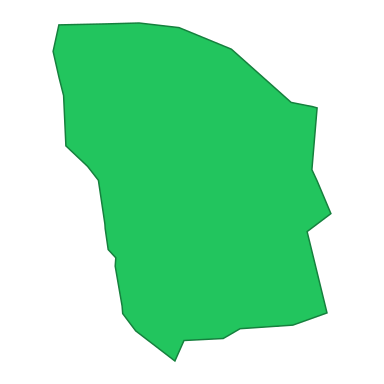 outline of Deren, Dundgovi, Mongolia
{"feature_id": "93677404B83823475122235", "entity_name": "Deren", "entity_type": "district", "adm_level": 2, "iso_a3": "MNG", "parent_name": "Mongolia", "parent_adm1": "Dundgovi", "projection": "natural_earth1", "projection_center": [106.741, 46.214], "detail": "fine", "context": "isolated", "style": "filled", "palette": "green", "viewbox_px": 384, "rotation_deg": 0, "n_neighbors": 0, "source": "geoboundaries", "source_scale": "gbopen_adm2", "svg_char_len": 533}
<svg xmlns="http://www.w3.org/2000/svg" viewBox="0 0 384 384"><path d="M58.9,24.9L53.1,51.4L59.0,77.4L63.6,95.6L65.9,145.9L87.6,166.4L98.4,180.3L103.0,211.2L104.9,224.0L105.2,228.7L108.2,249.6L115.8,257.8L115.2,266.2L122.1,306.0L122.7,313.6L135.7,330.9L174.9,361.0L184.0,340.5L223.2,338.5L240.1,328.7L292.9,325.1L327.0,312.9L307.1,231.6L330.9,213.6L317.1,180.9L311.9,169.7L317.1,107.9L313.2,106.8L291.1,102.4L231.4,49.2L179.0,27.6L139.1,23.0L106.3,23.9L58.9,24.9L58.9,24.9Z" fill="#22c55e" stroke="#15803d" stroke-width="1.5"/></svg>